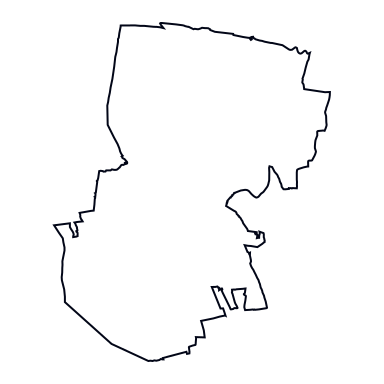 outline of Horgesti, Bacau, Romania
{"feature_id": "2599482B43422893509109", "entity_name": "Horgesti", "entity_type": "district", "adm_level": 2, "iso_a3": "ROU", "parent_name": "Romania", "parent_adm1": "Bacau", "projection": "equal_earth", "projection_center": [27.07, 46.402], "detail": "fine", "context": "isolated", "style": "outline", "palette": "ink", "viewbox_px": 384, "rotation_deg": 0, "n_neighbors": 0, "source": "geoboundaries", "source_scale": "gbopen_adm2", "svg_char_len": 5941}
<svg xmlns="http://www.w3.org/2000/svg" viewBox="0 0 384 384"><path d="M148.4,361.0L150.4,360.7L152.6,361.0L154.3,360.4L156.4,360.7L159.4,360.0L160.8,359.0L162.4,359.4L163.4,359.4L162.9,358.0L186.4,351.8L187.0,353.9L189.4,353.4L189.5,351.9L188.9,347.2L189.1,346.8L192.5,345.6L195.4,344.9L195.6,344.5L196.1,338.1L195.9,337.1L204.7,337.4L203.8,330.3L201.1,320.9L213.4,318.4L219.7,316.6L223.6,315.8L225.1,315.5L225.5,315.7L224.3,311.9L223.1,308.4L220.5,308.5L211.8,287.0L215.6,286.9L217.4,286.5L217.8,286.8L218.5,288.1L219.1,287.8L219.4,288.1L219.7,289.2L219.1,289.7L219.1,290.1L220.3,289.2L221.0,289.4L221.5,289.0L221.6,288.5L222.0,288.5L222.3,289.3L222.3,289.6L221.6,290.3L222.7,292.8L229.7,307.0L230.5,309.0L230.9,309.4L233.1,309.0L234.3,308.1L236.9,308.2L237.4,308.1L237.5,307.8L236.7,305.9L235.4,303.7L234.8,302.2L232.5,293.8L232.0,292.8L231.9,292.1L232.2,291.5L232.0,289.7L234.2,289.5L234.6,289.7L235.0,289.7L236.5,289.3L243.1,288.8L244.4,288.6L245.5,288.5L244.9,292.8L244.6,293.4L243.9,294.0L243.9,294.4L244.2,294.8L245.6,295.6L245.8,295.9L245.9,296.3L245.3,300.8L244.5,304.9L244.3,307.2L245.1,310.1L250.0,309.8L252.8,309.5L253.6,309.8L254.0,309.5L254.6,309.5L254.9,309.8L258.9,309.4L265.7,308.3L266.7,308.1L267.0,307.7L265.7,301.5L264.4,297.6L264.0,295.7L262.5,292.5L262.2,290.8L261.3,288.6L260.7,287.6L259.9,284.0L259.1,282.2L258.5,280.1L257.2,277.9L255.7,274.6L254.5,272.3L253.3,269.8L252.0,267.9L251.0,265.9L250.2,263.5L251.0,261.5L250.9,260.0L249.9,255.4L250.0,253.0L249.1,253.7L248.7,252.5L247.5,252.0L244.7,245.2L248.0,245.8L250.9,246.0L257.4,247.1L262.2,243.9L263.6,242.7L264.7,241.9L264.5,241.2L264.7,240.4L264.3,239.3L264.2,238.3L263.8,237.4L263.8,234.2L263.5,233.1L259.5,231.7L259.8,232.9L259.6,234.3L259.2,235.5L259.1,237.8L258.1,237.8L256.9,238.1L257.2,236.4L257.3,234.7L255.6,234.3L255.9,233.1L255.1,233.0L255.2,232.4L256.7,232.6L256.7,232.2L247.9,231.0L247.5,229.6L247.1,228.8L243.2,223.3L242.4,221.1L241.8,220.3L240.5,218.0L239.7,217.2L239.3,217.1L239.2,216.4L239.0,216.1L238.3,215.8L237.8,214.9L236.8,214.1L236.6,213.7L236.4,212.7L236.1,212.2L235.4,211.5L234.0,210.8L226.1,206.0L226.3,205.1L226.7,204.1L226.7,203.8L226.6,203.6L226.7,203.3L227.1,203.1L227.2,202.8L226.9,202.4L227.0,202.2L227.5,201.7L227.2,201.3L227.3,200.9L230.2,197.5L230.5,197.6L230.8,197.5L230.8,197.2L231.2,196.5L231.7,196.4L232.2,195.9L232.1,195.2L233.3,194.6L233.5,194.1L234.0,193.5L234.0,193.1L234.4,192.8L235.1,192.9L235.8,192.4L240.8,190.5L244.6,189.9L246.1,189.9L247.5,190.2L249.0,191.2L251.4,194.0L253.7,196.1L254.9,196.9L256.1,197.5L256.7,197.5L257.7,197.2L258.6,196.6L261.0,193.7L263.1,192.2L263.7,191.6L267.0,187.1L267.5,186.3L267.9,185.4L268.3,184.1L269.2,180.3L269.3,172.3L269.1,167.8L269.5,166.3L272.2,167.1L272.4,167.7L272.7,168.1L274.5,171.7L277.1,174.7L277.7,175.7L278.0,176.7L279.2,178.9L280.0,181.8L281.1,183.8L281.5,185.3L281.7,186.8L283.5,189.2L285.3,189.3L288.9,188.9L288.9,188.1L289.7,188.2L291.1,188.1L291.5,188.4L292.1,188.4L292.6,188.1L296.8,188.3L297.0,186.3L296.9,184.6L297.0,182.0L296.8,179.6L296.8,172.4L297.0,170.4L297.2,169.8L297.5,169.5L299.0,168.8L303.8,167.3L307.0,166.6L308.2,166.5L308.1,162.1L308.2,161.2L308.6,160.8L309.2,160.6L311.2,160.6L312.1,160.3L314.5,155.8L315.2,154.2L315.9,151.9L315.9,151.3L314.9,148.1L314.9,146.1L315.2,142.3L315.5,140.2L317.3,135.4L317.2,131.8L317.5,131.3L318.1,131.0L322.4,130.6L323.2,130.5L324.6,130.8L325.7,128.2L326.5,125.8L326.6,124.7L326.3,122.2L326.1,116.0L325.2,113.0L325.1,112.3L325.2,111.6L326.0,109.4L326.3,107.8L327.2,105.4L329.1,99.6L329.5,97.5L329.8,95.2L329.9,92.0L325.0,92.2L304.2,89.1L303.6,84.8L303.4,84.2L302.5,82.9L302.3,82.3L302.8,79.4L302.5,78.7L304.3,73.5L305.7,67.6L307.4,61.6L308.6,59.5L309.5,54.1L309.9,52.8L308.1,53.6L307.6,53.6L307.2,53.3L306.8,52.7L306.5,51.9L306.2,51.4L305.3,50.8L304.9,50.8L304.3,51.0L301.7,53.2L301.0,53.5L300.3,53.6L299.6,53.4L298.8,52.9L298.0,51.9L297.4,50.3L296.9,48.0L295.9,47.4L295.5,47.3L295.0,47.5L292.1,49.7L290.7,49.9L289.8,49.8L288.9,49.4L282.5,45.2L272.2,43.0L270.5,42.9L264.6,41.7L262.1,40.9L259.6,40.5L255.6,39.3L255.0,38.9L254.5,38.4L254.1,38.4L253.3,37.7L253.1,36.8L251.5,37.0L251.8,39.3L250.9,39.9L249.8,38.5L249.7,37.8L248.2,37.8L243.1,37.0L233.4,35.0L233.2,33.9L214.9,31.8L210.2,30.0L210.1,29.3L208.1,28.2L204.8,28.1L202.0,27.8L200.6,28.5L198.5,29.2L197.3,29.2L194.7,28.8L193.5,29.2L188.6,26.8L188.3,26.9L185.0,26.1L184.6,25.8L182.8,25.3L176.0,24.4L161.9,23.0L160.9,23.0L160.4,23.1L160.1,23.4L160.7,24.6L163.5,28.1L160.2,27.3L156.9,26.9L153.8,26.8L144.6,25.9L140.7,25.9L135.0,25.4L120.7,25.5L120.6,26.8L119.3,33.3L118.8,37.4L118.6,38.0L118.0,39.0L118.0,41.9L117.0,47.9L116.5,51.9L115.9,54.5L115.3,56.8L114.2,66.7L112.4,78.9L110.6,87.5L109.8,92.9L108.7,97.8L108.1,102.1L107.3,105.5L107.7,124.9L114.1,137.7L117.6,144.1L119.4,148.5L120.1,151.3L120.9,153.1L122.0,155.0L122.7,155.8L121.7,156.5L122.0,156.8L122.5,158.0L124.6,159.2L127.0,161.9L127.2,162.6L127.1,163.4L126.0,163.9L125.3,162.7L124.9,162.8L125.0,163.3L124.5,164.3L123.5,164.9L122.1,164.8L121.2,165.2L119.7,167.4L119.3,167.6L118.3,168.6L117.0,169.6L115.8,169.9L114.3,169.9L111.9,169.4L110.6,170.4L106.2,170.4L105.5,171.5L103.4,171.6L102.9,171.1L100.6,170.8L99.2,171.1L98.2,178.1L97.5,180.6L97.0,180.7L96.8,181.0L97.2,182.2L95.9,192.0L95.8,192.7L95.1,193.1L95.4,193.4L95.5,194.8L95.3,196.3L94.7,196.8L95.2,197.2L95.1,198.3L94.8,198.8L94.4,204.7L93.7,210.6L90.9,210.9L79.6,212.9L80.2,214.6L80.3,215.3L80.2,216.6L80.9,218.8L81.6,219.7L82.6,221.4L77.0,222.0L74.5,222.5L75.3,223.6L75.9,225.3L76.8,226.9L77.0,227.5L76.9,227.9L77.4,230.2L77.4,230.5L76.3,231.1L76.4,231.5L76.6,231.9L77.1,232.1L77.5,232.7L77.6,233.4L77.6,236.1L76.3,236.6L73.2,237.1L73.2,236.2L73.7,234.6L73.5,233.5L72.8,231.8L70.9,228.9L69.9,227.0L69.9,223.3L54.1,225.3L59.1,233.0L62.8,238.3L63.4,242.4L64.5,247.4L64.5,250.6L62.4,261.2L62.5,264.9L62.3,267.8L62.2,272.7L61.7,277.2L61.9,280.3L64.2,289.5L64.9,296.7L64.9,302.1L111.5,343.9L148.4,361.0Z" fill="none" stroke="#020617" stroke-width="2"/></svg>